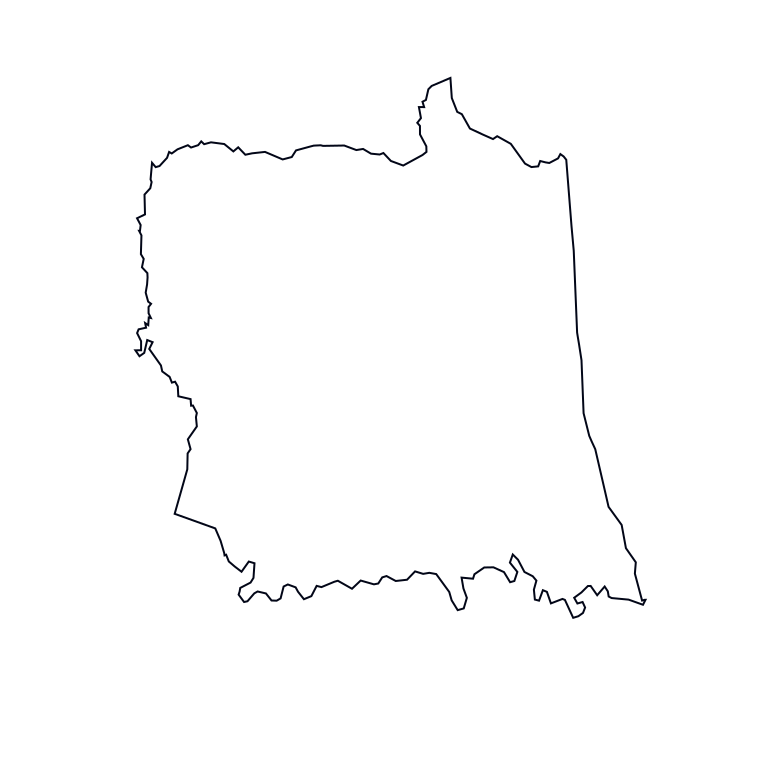 San Sebastián, Puerto Rico (Equal Earth projection), rotated 344°
{"feature_id": "32010507B16977701319194", "entity_name": "San Sebastián", "entity_type": "district", "adm_level": 2, "iso_a3": "PRI", "parent_name": "Puerto Rico", "parent_adm1": "", "projection": "equal_earth", "projection_center": [-66.981, 18.324], "detail": "fine", "context": "isolated", "style": "outline", "palette": "ink", "viewbox_px": 768, "rotation_deg": 344, "n_neighbors": 0, "source": "geoboundaries", "source_scale": "gbopen_adm2", "svg_char_len": 2962}
<svg xmlns="http://www.w3.org/2000/svg" viewBox="0 0 768 768"><g transform="rotate(344 384 384)"><path d="M222.0,107.4L216.0,123.0L216.3,125.8L213.3,131.4L206.0,135.9L201.0,155.1L192.3,156.6L193.9,164.1L191.6,169.6L190.8,169.3L191.8,174.3L186.1,192.2L187.5,197.5L183.5,205.1L187.1,212.2L186.1,216.4L183.7,223.0L180.1,230.5L180.0,239.8L182.2,242.7L178.9,245.1L177.2,251.1L178.1,256.3L176.2,255.2L173.6,262.4L171.2,259.6L170.8,264.3L163.2,263.8L160.7,267.0L162.3,275.9L159.8,284.6L154.3,283.1L156.6,289.9L162.1,288.0L168.5,276.5L173.1,280.0L168.0,285.6L174.7,304.7L174.3,310.8L179.9,318.1L180.5,324.2L183.8,324.2L185.1,329.5L182.9,339.1L193.9,345.2L192.6,351.7L194.4,352.0L196.1,360.3L194.1,364.0L192.4,373.2L180.2,383.1L180.1,393.3L176.1,396.6L171.4,411.8L167.0,418.9L147.0,451.1L182.0,476.3L183.7,489.7L183.8,502.4L183.5,504.8L185.2,504.6L185.9,511.8L190.2,518.3L195.3,525.2L205.1,517.4L210.1,520.6L205.1,534.4L201.0,538.1L189.6,540.4L188.0,543.7L186.2,546.4L189.4,555.0L192.9,555.2L201.6,549.5L205.3,548.6L212.8,552.8L216.2,561.1L221.1,562.7L225.5,561.6L231.7,551.0L236.3,550.2L243.0,555.1L244.1,560.0L247.7,568.8L255.7,567.9L263.6,559.5L267.9,562.0L281.8,560.4L285.4,560.4L296.8,572.0L307.4,566.5L319.1,573.8L323.5,574.2L329.0,569.4L333.5,569.3L341.0,576.6L352.2,578.5L362.2,572.7L369.3,577.3L375.5,578.0L381.8,581.1L389.4,601.9L389.4,610.6L392.5,621.7L398.8,621.7L404.7,612.4L404.0,602.4L405.2,591.5L415.9,595.7L418.5,591.8L429.8,588.0L438.7,590.4L447.5,597.9L450.6,609.3L455.0,609.3L460.4,601.4L455.8,590.4L460.8,583.4L464.4,589.9L467.2,603.4L474.0,609.8L476.3,615.0L471.4,623.0L469.6,632.8L473.3,635.0L479.9,626.0L483.3,628.7L484.0,640.9L496.3,639.8L498.4,641.4L501.4,660.9L506.8,660.8L512.2,658.9L515.7,654.3L514.8,648.3L509.4,648.3L507.9,641.9L516.3,638.8L524.3,634.4L527.0,635.1L530.7,645.8L540.3,639.5L542.0,645.0L541.4,650.2L543.8,652.5L559.7,658.7L572.1,667.6L575.9,663.5L575.2,663.3L572.4,663.3L572.9,635.4L576.9,624.8L571.3,608.5L573.6,585.0L566.0,564.0L566.9,547.3L569.1,504.9L567.8,496.5L567.0,490.4L567.8,467.1L580.4,415.6L582.4,399.8L583.3,391.9L583.8,387.8L603.1,308.3L607.8,283.7L621.0,218.7L619.4,214.8L618.3,213.4L616.9,211.6L613.5,215.1L603.8,217.1L600.4,215.5L595.6,212.7L592.2,217.3L585.5,216.1L580.3,211.0L572.1,188.1L561.1,177.0L556.3,178.6L547.8,171.5L537.0,162.1L533.2,146.1L529.4,142.6L528.0,127.8L532.2,108.1L512.0,110.6L507.9,112.9L502.6,122.5L498.8,123.3L498.9,128.9L493.9,127.4L492.8,138.6L488.0,142.1L489.7,145.8L487.4,154.0L490.2,167.2L488.8,172.6L484.1,174.5L462.7,179.3L452.1,171.5L447.1,161.8L443.1,162.2L435.0,159.0L428.7,152.3L421.9,151.5L411.5,143.8L391.0,138.3L389.0,137.1L382.2,135.5L378.9,135.4L363.8,135.2L357.9,140.4L348.5,140.2L333.6,128.1L320.8,125.9L313.9,125.4L309.1,116.3L303.3,118.9L296.6,109.3L284.3,104.0L277.2,103.9L275.2,100.4L271.2,103.2L263.7,103.5L261.3,100.4L250.2,101.5L243.5,103.9L241.4,101.7L237.8,106.8L228.3,112.6L224.3,112.6L222.0,107.4Z" fill="none" stroke="#020617" stroke-width="2"/></g></svg>